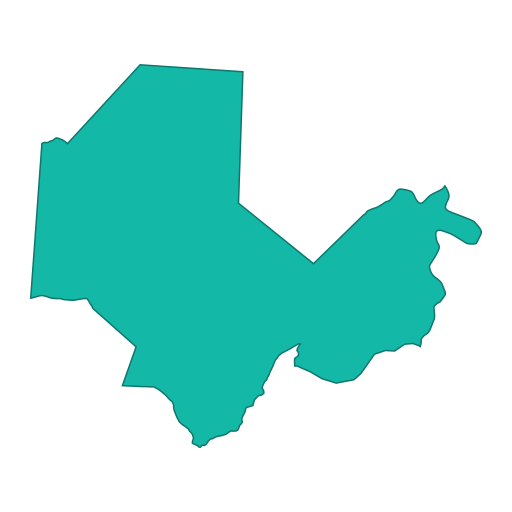 the district of Arada, Santa Bárbara, Honduras
{"feature_id": "27666195B41783757195237", "entity_name": "Arada", "entity_type": "district", "adm_level": 2, "iso_a3": "HND", "parent_name": "Honduras", "parent_adm1": "Santa Bárbara", "projection": "albers", "projection_center": [-88.298, 14.85], "detail": "fine", "context": "isolated", "style": "filled", "palette": "teal", "viewbox_px": 512, "rotation_deg": 0, "n_neighbors": 0, "source": "geoboundaries", "source_scale": "gbopen_adm2", "svg_char_len": 6012}
<svg xmlns="http://www.w3.org/2000/svg" viewBox="0 0 512 512"><path d="M122.4,385.6L128.3,386.0L129.2,386.0L132.5,386.1L142.2,386.6L146.5,386.6L150.7,386.9L153.6,386.8L158.1,389.2L160.9,391.2L166.3,395.8L169.5,399.5L172.3,401.8L173.5,404.5L173.6,407.6L174.1,410.0L174.9,412.3L176.9,417.2L179.2,421.7L182.3,424.6L185.5,426.7L188.6,429.2L189.5,431.1L191.7,433.2L192.6,434.9L193.5,438.2L192.5,441.1L192.4,443.3L197.6,445.7L199.0,447.1L200.5,447.2L201.2,446.0L202.6,445.2L204.1,445.5L206.0,444.6L207.1,442.9L208.8,440.6L210.5,439.0L212.6,438.7L213.9,437.9L216.0,436.8L218.6,436.2L221.6,435.6L225.9,434.3L228.5,432.5L230.6,431.0L232.9,431.1L236.1,431.0L237.9,429.9L239.1,427.3L239.4,425.7L240.7,424.5L242.4,422.1L242.0,420.2L241.7,418.7L243.3,415.2L245.0,412.0L245.8,408.4L246.6,407.4L250.4,406.4L253.0,405.5L253.6,402.5L254.8,399.5L258.3,395.7L261.4,395.2L263.9,393.2L263.6,390.5L262.1,388.0L262.9,385.2L264.6,381.8L266.8,379.7L267.1,378.1L268.9,375.1L269.8,372.5L273.0,366.0L274.3,362.4L275.7,359.7L277.4,357.7L278.2,356.2L281.5,353.3L286.0,350.9L290.5,348.6L293.0,347.0L296.2,345.2L298.4,343.8L300.3,344.0L298.9,345.8L298.3,347.0L297.4,348.8L297.0,349.8L297.1,350.8L298.1,352.1L298.6,353.8L298.1,355.9L296.9,356.9L294.7,358.4L294.5,361.3L294.6,363.8L294.8,366.1L297.1,366.0L302.2,368.3L310.3,371.8L322.0,378.7L336.2,383.1L354.0,379.7L360.8,373.6L368.6,362.6L374.5,354.2L385.4,350.5L394.7,351.0L404.6,344.2L412.8,343.5L418.8,345.6L420.2,346.6L420.7,344.8L421.1,342.9L421.2,341.9L421.2,341.3L421.2,340.6L421.2,339.9L421.3,339.5L421.4,339.1L421.7,338.5L422.0,337.9L422.8,337.0L423.4,336.3L424.1,335.7L424.6,335.2L425.1,334.9L426.7,333.9L427.1,333.6L427.5,333.3L427.9,332.8L428.5,332.1L429.4,330.8L429.8,330.2L430.2,329.3L434.2,319.1L434.3,318.7L434.4,318.3L434.5,317.3L434.6,316.6L434.5,314.5L434.5,313.3L434.4,312.1L434.2,310.4L433.9,308.5L433.9,308.2L433.9,307.8L433.9,307.5L434.2,306.6L434.3,306.1L434.5,305.9L434.7,305.6L435.4,305.0L437.1,303.5L437.5,303.2L438.6,302.7L439.2,302.4L439.9,301.9L440.4,301.5L442.0,299.4L442.8,298.3L444.0,296.6L445.0,295.0L445.2,294.5L445.4,293.9L445.4,293.4L445.3,292.9L445.2,292.3L445.0,291.6L442.3,284.8L441.7,283.5L441.3,282.7L441.0,282.3L440.7,282.0L439.7,281.0L438.3,279.7L437.4,278.9L435.5,277.6L434.3,276.6L433.4,275.7L432.6,274.8L432.1,274.1L431.5,273.1L431.1,272.3L430.7,271.4L430.3,270.6L430.0,269.6L429.8,268.7L429.6,267.7L429.5,267.0L429.5,266.3L429.6,265.7L429.7,265.2L431.1,262.9L434.7,257.3L435.8,255.4L436.4,254.3L437.5,252.3L438.1,251.0L438.4,250.3L438.9,249.1L439.1,248.2L439.2,247.5L439.2,246.7L439.2,246.1L439.0,245.5L438.8,245.0L438.6,244.5L438.3,243.9L437.9,243.4L437.7,243.0L437.4,242.6L437.2,242.0L436.8,240.8L436.5,239.6L436.2,238.1L436.0,237.0L435.8,236.2L435.8,235.4L435.7,234.6L435.8,233.8L435.8,233.3L435.9,232.9L436.0,232.3L436.2,231.9L436.4,231.6L436.7,231.2L436.9,231.0L437.3,230.7L437.5,230.6L437.8,230.5L438.3,230.4L439.0,230.3L439.8,230.2L440.3,230.3L440.8,230.4L441.4,230.5L443.9,231.3L445.3,231.8L449.2,233.2L450.9,233.9L452.8,234.9L454.3,235.7L465.0,242.3L466.3,243.1L466.7,243.3L467.2,243.5L467.8,243.6L469.1,243.8L471.0,244.0L472.0,244.0L473.0,244.0L473.8,244.0L474.5,243.9L475.3,243.7L475.8,243.6L476.0,243.5L476.2,243.3L476.5,242.9L476.8,242.4L477.9,240.4L479.7,236.7L480.7,234.5L481.1,233.6L481.2,233.2L481.3,232.8L481.3,232.4L481.3,232.0L481.2,231.6L481.1,231.0L480.8,230.1L480.4,229.3L479.9,228.5L478.7,226.8L477.4,225.2L475.9,223.5L474.7,222.2L473.9,221.5L473.0,220.9L472.5,220.7L470.8,219.9L469.0,219.1L463.6,217.0L455.7,214.0L449.6,211.6L448.5,211.1L447.7,210.5L446.7,209.8L446.0,209.1L445.8,208.8L445.6,208.4L445.5,208.1L445.4,207.7L445.4,207.2L445.5,206.6L445.6,205.8L446.1,204.1L446.6,202.6L447.0,201.8L447.6,200.7L448.0,199.7L448.3,199.1L448.5,198.4L448.7,197.7L448.9,196.9L449.0,196.1L449.0,195.4L448.9,194.5L448.6,193.3L448.2,192.3L447.7,190.9L446.9,189.3L446.3,188.1L445.6,186.9L444.9,185.9L444.2,186.9L443.3,188.0L442.6,188.7L442.1,189.2L441.8,189.4L441.4,189.6L436.1,192.2L431.6,194.5L430.8,195.0L430.2,195.4L429.3,196.2L427.5,197.9L424.7,200.8L423.8,201.6L423.0,202.3L422.2,202.9L422.0,203.0L421.6,203.1L421.0,203.2L420.6,203.2L420.1,203.2L419.6,203.0L419.1,202.8L418.8,202.6L418.2,202.1L417.7,201.7L417.4,201.3L416.5,200.1L415.7,198.8L415.0,197.4L414.1,195.2L413.8,194.7L413.3,193.9L412.8,193.1L412.1,192.3L411.7,191.9L411.3,191.6L410.6,191.2L409.7,190.9L407.8,190.3L405.5,189.8L403.5,189.4L402.2,189.2L401.6,189.1L401.0,189.1L400.4,189.1L399.6,189.2L399.3,189.3L398.8,189.4L398.1,189.8L397.5,190.3L396.9,190.9L396.5,191.3L396.2,191.9L395.8,192.4L395.3,193.5L394.9,194.2L394.2,195.2L393.7,196.0L392.5,197.4L390.5,199.6L389.9,200.2L389.4,200.5L388.9,200.8L388.4,201.0L388.0,201.2L387.1,201.4L386.7,201.5L386.2,201.7L385.4,202.1L383.9,203.1L382.2,204.3L381.2,204.9L379.8,205.8L377.8,206.9L377.2,207.2L376.2,207.6L375.5,207.9L373.0,208.6L371.6,209.2L369.6,210.0L368.2,210.7L367.7,211.0L367.3,211.3L367.0,211.6L366.7,211.9L366.0,213.0L365.4,213.7L365.0,214.0L364.6,214.3L364.2,214.5L363.6,214.9L313.5,263.7L238.5,203.2L242.9,71.8L140.1,64.8L67.4,143.7L66.3,142.7L65.3,141.7L63.9,140.8L62.5,139.9L62.1,139.7L60.2,139.0L58.4,138.3L57.4,138.1L56.6,137.9L56.1,138.0L55.8,138.1L53.0,140.3L51.2,140.9L49.7,141.4L49.1,141.8L48.6,142.2L48.2,142.4L48.0,142.5L47.6,142.5L46.8,142.6L46.0,142.6L45.1,142.4L44.7,142.4L43.3,142.8L42.5,143.1L42.2,143.3L41.9,143.6L41.7,144.0L41.7,144.4L41.7,144.8L41.8,145.2L30.7,298.2L34.8,297.2L36.8,296.6L38.8,296.0L40.2,295.7L41.1,295.6L41.7,295.6L42.6,295.6L43.4,295.7L45.4,296.2L46.4,296.4L47.2,296.7L48.4,297.1L50.5,297.9L51.2,298.1L51.8,298.2L52.8,298.3L54.8,298.5L56.9,298.6L59.3,298.6L60.5,298.7L61.5,298.9L62.9,299.4L64.1,299.6L66.0,299.8L68.2,300.0L69.9,300.1L72.5,300.3L73.5,300.3L75.2,300.0L81.1,299.0L83.7,298.6L84.8,298.6L85.8,298.5L86.4,298.6L86.7,298.6L86.9,298.7L87.3,299.0L87.6,299.3L88.4,300.6L89.1,301.8L89.9,303.2L90.2,303.9L90.5,304.3L91.3,305.3L91.9,306.1L92.1,306.5L92.3,307.0L92.6,307.7L92.8,308.4L136.1,346.8L122.4,385.6Z" fill="#14b8a6" stroke="#0f766e" stroke-width="1.5"/></svg>